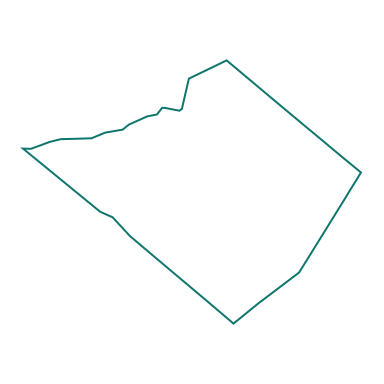 Berks, Pennsylvania, United States of America (Equal Earth projection)
{"feature_id": "52423323B66852864614856", "entity_name": "Berks", "entity_type": "district", "adm_level": 2, "iso_a3": "USA", "parent_name": "United States of America", "parent_adm1": "Pennsylvania", "projection": "equal_earth", "projection_center": [-75.986, 40.407], "detail": "fine", "context": "isolated", "style": "outline", "palette": "teal", "viewbox_px": 384, "rotation_deg": 0, "n_neighbors": 0, "source": "geoboundaries", "source_scale": "gbopen_adm2", "svg_char_len": 527}
<svg xmlns="http://www.w3.org/2000/svg" viewBox="0 0 384 384"><path d="M226.6,60.4L188.9,78.6L181.9,108.8L179.5,110.7L164.9,107.9L162.2,107.8L156.9,114.5L147.1,116.4L128.9,124.6L122.7,129.6L105.0,132.7L91.4,138.3L60.6,139.2L49.4,142.0L31.0,148.8L23.0,148.6L100.2,211.8L112.6,217.3L130.2,236.3L152.3,255.0L170.0,269.9L208.0,301.9L233.5,323.6L257.8,303.8L299.1,272.5L320.6,237.9L346.3,196.4L349.8,190.6L361.0,172.5L342.5,157.3L319.4,138.0L307.0,127.7L283.0,107.7L226.6,60.4Z" fill="none" stroke="#0f766e" stroke-width="2"/></svg>